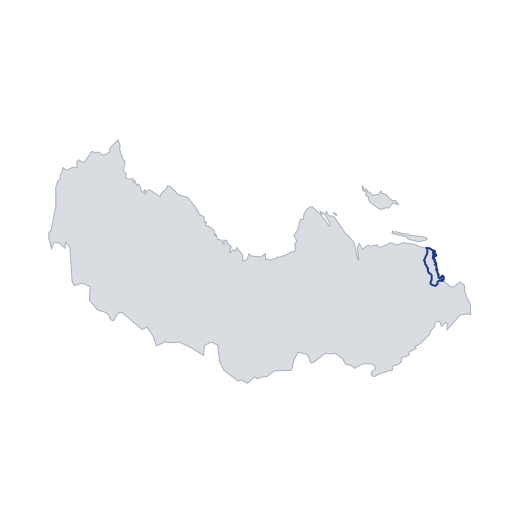 Blekinge highlighted on a map of Sweden, rotated 257°
{"feature_id": "SWE-262", "entity_name": "Blekinge", "entity_type": "County", "adm_level": 1, "iso_a3": "SWE", "parent_name": "Sweden", "parent_adm1": "", "projection": "natural_earth1", "projection_center": [15.198, 56.256], "detail": "fine", "context": "in_parent", "style": "outline", "palette": "blue", "viewbox_px": 512, "rotation_deg": 257, "n_neighbors": 0, "source": "natural_earth", "source_scale": "10m", "svg_char_len": 6421}
<svg xmlns="http://www.w3.org/2000/svg" viewBox="0 0 512 512"><g transform="rotate(257 256 256)"><path d="M117.5,343.3L119.3,347.1L123.2,346.6L124.9,343.9L127.0,335.8L124.5,326.9L128.1,323.8L130.4,318.9L135.9,317.5L143.2,311.8L144.0,305.9L145.7,301.7L139.7,288.7L139.3,285.5L148.6,283.8L152.7,275.3L146.4,269.8L136.5,264.6L140.1,248.2L136.1,239.4L136.7,235.6L136.1,229.9L138.6,227.6L133.9,219.2L138.7,213.5L138.0,210.5L151.9,199.0L161.0,196.8L177.7,198.6L181.7,194.0L181.9,191.5L180.4,185.7L171.0,182.4L181.3,172.0L189.3,162.0L190.9,152.3L192.8,148.1L190.8,138.7L201.6,137.6L211.2,133.7L209.9,128.6L231.0,112.8L231.6,110.0L230.0,107.3L225.0,102.5L226.4,100.3L232.0,99.0L234.8,96.9L238.9,89.5L250.4,83.7L263.1,87.5L268.6,81.0L268.1,72.0L272.7,71.1L306.7,76.7L312.3,73.4L306.5,71.6L312.1,68.0L313.7,65.8L314.2,63.2L314.0,61.8L309.2,58.5L319.8,58.1L325.7,59.6L326.3,61.6L349.6,72.2L368.1,76.4L373.4,79.5L375.4,82.8L378.3,83.0L381.8,86.1L385.5,87.8L382.6,90.0L382.9,95.0L383.9,97.2L382.3,101.5L388.3,102.6L389.4,105.2L386.3,107.8L386.8,110.7L394.8,119.6L393.0,122.5L392.6,126.1L389.1,128.8L388.7,131.6L389.5,135.2L390.7,136.9L394.2,138.1L400.1,147.8L394.4,148.4L390.0,147.1L379.8,148.3L377.3,149.7L369.3,145.9L364.9,148.1L361.8,146.2L359.5,149.3L359.0,153.6L355.3,153.2L356.7,154.9L351.8,155.5L351.4,156.1L352.5,157.2L351.0,158.5L344.2,159.0L343.3,160.4L345.3,162.0L345.3,163.1L340.9,161.5L344.0,164.7L344.7,167.0L335.5,175.9L338.7,178.3L341.4,183.4L344.3,185.8L343.2,188.1L333.5,193.9L328.2,202.7L316.0,208.6L309.6,210.1L305.5,214.3L300.6,213.0L300.5,215.4L297.3,213.9L294.8,217.6L290.4,220.8L285.5,220.2L285.0,220.8L286.5,221.7L280.9,222.5L279.3,225.8L275.2,226.7L274.5,227.7L278.7,227.9L277.9,230.6L273.1,232.0L271.4,233.7L269.3,233.6L269.7,232.3L266.5,232.4L265.5,230.9L264.9,231.3L267.1,235.6L265.5,237.4L268.5,239.1L259.9,243.4L254.5,241.8L253.9,243.1L255.0,246.8L259.7,249.7L256.9,251.7L254.0,260.4L256.1,265.6L250.0,264.5L250.5,266.5L248.6,268.8L249.4,272.2L248.8,274.5L250.3,276.5L249.5,277.5L250.5,287.0L252.2,291.1L251.6,294.3L254.1,296.1L259.4,296.5L261.0,299.2L267.7,297.6L272.5,302.9L281.6,307.4L281.1,310.4L286.9,312.6L290.3,316.6L291.7,320.0L291.3,322.0L282.4,327.7L275.6,331.5L268.5,333.8L268.8,334.7L272.4,335.1L280.9,332.3L283.5,334.7L278.8,335.8L277.9,339.1L276.0,341.2L257.0,348.6L254.5,350.9L246.1,354.7L230.8,354.4L228.5,355.2L241.7,356.7L244.9,359.5L238.6,361.2L241.4,367.7L239.8,369.3L239.7,376.6L237.5,376.7L236.5,379.7L237.7,387.0L238.8,389.0L238.4,391.1L234.8,396.1L236.0,402.0L231.9,412.8L227.3,419.0L223.8,427.4L219.8,430.4L215.1,428.5L208.1,429.6L195.3,429.3L193.7,430.1L194.6,433.2L190.0,432.7L181.9,439.2L181.6,442.3L184.9,448.4L180.9,452.4L172.2,451.4L160.7,453.9L150.5,452.0L151.8,449.8L152.7,441.8L141.1,425.4L146.6,427.1L148.8,426.2L145.5,420.9L150.2,420.5L151.7,418.6L150.9,415.5L147.0,414.2L143.7,409.3L140.2,406.9L134.1,397.2L131.9,390.6L129.8,391.3L128.0,383.7L124.7,382.6L124.1,374.9L120.5,374.1L118.3,370.6L118.0,364.0L113.8,363.1L114.4,360.0L113.2,348.4L111.9,344.7L113.1,342.1L115.4,341.8L117.5,343.3ZM295.0,379.0L293.1,379.7L292.0,381.8L289.0,382.9L288.6,389.6L291.3,392.1L288.5,393.2L286.6,396.8L281.5,399.2L279.4,401.4L278.4,404.7L273.9,406.4L277.0,401.5L272.7,395.9L273.8,393.9L273.3,387.4L282.5,379.2L286.7,378.2L288.7,379.1L289.5,377.1L290.9,376.6L295.0,379.0ZM236.2,425.4L234.0,426.8L233.2,424.8L233.5,417.0L238.5,407.7L240.8,407.0L246.9,394.5L247.6,393.7L249.7,394.5L248.2,395.6L248.3,397.8L244.4,404.5L243.3,408.8L242.0,409.9L236.2,425.4ZM296.8,376.4L296.4,378.3L294.1,376.8L296.2,374.7L300.8,375.2L296.8,376.4ZM285.2,328.6L282.3,331.5L281.7,330.3L282.3,328.9L285.2,328.6ZM279.0,343.5L277.5,343.7L278.6,341.8L280.6,341.3L279.0,343.5Z" fill="#d9dde1" stroke="#a8b0b8" stroke-width="1"/><path d="M225.4,424.0L224.7,426.5L224.3,426.7L224.2,427.0L224.1,427.3L224.0,427.5L223.6,427.9L222.7,428.5L222.3,428.9L220.9,431.1L220.4,431.5L220.0,431.5L219.6,431.2L218.9,430.9L219.6,429.9L219.8,429.3L219.3,429.1L218.1,429.4L217.6,429.4L217.1,428.9L216.9,429.0L216.7,428.9L216.4,428.7L216.1,428.6L215.8,428.3L215.6,428.3L215.2,428.5L214.7,429.0L214.3,429.3L213.9,428.9L214.1,428.7L214.3,428.3L214.4,428.0L214.2,427.8L213.8,427.9L212.9,428.5L212.0,428.8L211.8,429.0L211.8,429.5L211.7,429.6L211.2,429.3L211.0,429.1L210.8,428.9L210.6,428.8L210.2,428.7L209.9,428.7L209.6,428.9L209.2,429.3L209.1,429.6L209.1,429.8L207.9,429.9L207.6,429.9L207.3,429.7L207.8,429.5L208.0,429.5L207.8,429.2L207.3,428.5L206.8,429.0L205.9,429.4L204.9,429.5L204.2,429.2L203.8,429.1L203.6,429.2L203.5,429.3L202.6,429.3L202.4,429.2L202.3,428.7L202.2,428.5L201.4,428.6L201.2,428.7L201.3,428.9L201.5,429.3L201.5,429.5L200.1,429.0L199.3,428.9L198.7,429.2L198.2,429.3L197.4,429.2L196.8,429.2L196.9,429.7L196.4,429.8L196.0,429.6L195.6,429.3L195.1,429.1L193.9,429.1L193.4,429.3L193.0,429.7L192.9,430.0L192.9,430.3L192.9,430.6L193.1,430.8L193.4,430.8L193.6,431.1L193.7,431.4L193.8,431.6L194.5,432.3L194.7,432.7L194.9,433.2L194.7,433.3L194.4,433.5L194.1,433.7L193.9,434.0L193.7,434.1L193.5,433.6L193.0,433.6L192.8,433.9L192.7,434.0L192.3,433.9L192.2,433.8L191.5,433.8L191.3,433.8L191.2,433.7L191.5,433.4L191.3,433.2L191.2,433.0L191.1,432.8L191.1,432.4L190.6,432.8L190.3,432.6L190.2,432.5L190.3,432.4L190.0,432.5L189.9,432.5L190.0,431.2L190.3,430.5L190.6,430.0L190.7,429.5L190.6,428.8L190.5,428.1L190.0,427.2L189.8,427.0L189.7,426.9L189.2,426.9L188.9,426.8L188.6,426.8L188.4,426.7L187.7,426.4L187.5,426.2L187.4,425.7L187.3,425.3L187.1,424.9L186.6,424.2L186.7,423.7L187.7,421.9L188.0,421.4L189.6,419.8L190.9,420.1L191.7,420.6L192.5,421.3L193.4,421.8L194.0,422.0L197.3,422.7L197.9,422.7L198.4,422.6L199.2,422.1L200.0,421.3L200.2,421.1L200.2,420.8L200.3,420.7L200.5,420.5L201.7,420.4L202.8,420.2L203.2,420.2L203.6,420.3L204.3,420.6L204.8,420.8L205.2,420.8L205.5,420.8L205.6,420.7L205.8,420.4L206.0,420.2L206.7,419.9L207.2,419.9L207.8,420.1L208.2,420.1L208.4,420.0L208.9,419.6L209.6,419.1L210.2,419.0L210.7,419.0L211.2,419.2L212.4,419.4L212.6,419.4L212.8,419.4L212.9,419.2L213.0,419.0L213.3,418.8L213.5,418.8L213.9,418.8L214.4,419.0L216.0,420.4L217.4,421.2L219.1,422.8L220.5,423.6L223.4,424.3L224.1,424.4L224.6,424.3L224.8,424.1L225.3,424.0L225.4,424.0ZM216.9,430.6L217.2,430.6L217.5,430.6L217.4,430.7L217.2,430.9L216.8,431.0L216.9,431.5L216.9,431.8L216.5,431.9L216.4,431.9L215.7,431.4L215.5,431.0L215.8,430.5L216.1,430.4L216.2,430.5L216.4,430.6L216.7,430.6L216.9,430.6Z" fill="none" stroke="#1e3a8a" stroke-width="2"/></g></svg>